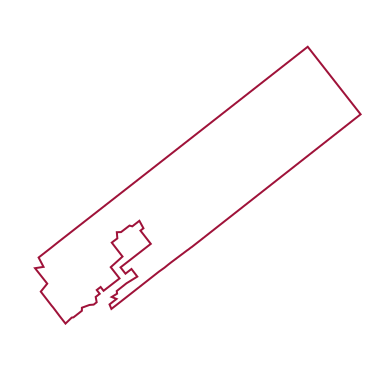 outline of Adams, Colorado, United States of America, rotated 322°
{"feature_id": "52423323B9551062095549", "entity_name": "Adams", "entity_type": "district", "adm_level": 2, "iso_a3": "USA", "parent_name": "United States of America", "parent_adm1": "Colorado", "projection": "robinson", "projection_center": [-104.653, 39.87], "detail": "fine", "context": "isolated", "style": "outline", "palette": "rose", "viewbox_px": 384, "rotation_deg": 322, "n_neighbors": 0, "source": "geoboundaries", "source_scale": "gbopen_adm2", "svg_char_len": 1012}
<svg xmlns="http://www.w3.org/2000/svg" viewBox="0 0 384 384"><g transform="rotate(322 192 192)"><path d="M372.6,148.8L253.4,149.0L162.5,149.1L91.7,149.1L56.3,149.1L46.6,149.2L36.0,149.2L30.8,149.2L28.9,159.6L21.4,155.4L21.5,175.1L11.5,177.4L11.4,195.2L11.5,197.4L11.3,208.3L11.3,217.8L19.9,216.9L21.4,217.8L32.1,217.8L34.0,215.4L41.7,217.9L45.2,220.2L49.0,220.2L51.5,215.4L56.6,215.4L56.6,210.6L61.5,210.6L61.5,215.4L81.7,215.5L81.7,201.2L97.5,200.1L97.6,182.5L99.6,182.5L104.6,182.6L108.0,177.4L111.4,179.9L122.1,180.0L123.8,182.3L132.8,182.3L131.4,190.7L127.6,190.7L127.6,207.5L89.3,207.4L89.3,215.4L96.9,215.4L96.8,225.0L84.2,223.6L71.7,223.7L70.4,226.0L64.1,225.3L66.7,229.8L57.8,229.8L56.5,234.5L76.6,234.5L117.0,234.4L123.7,234.7L128.5,234.6L129.3,234.6L132.3,234.6L152.5,235.0L153.6,235.1L154.4,235.1L156.9,235.1L157.8,235.2L158.3,235.2L159.7,235.2L162.6,235.2L163.8,235.2L164.8,235.2L165.0,235.2L167.2,235.2L167.5,235.2L372.7,234.6L372.6,148.8Z" fill="none" stroke="#9f1239" stroke-width="2"/></g></svg>